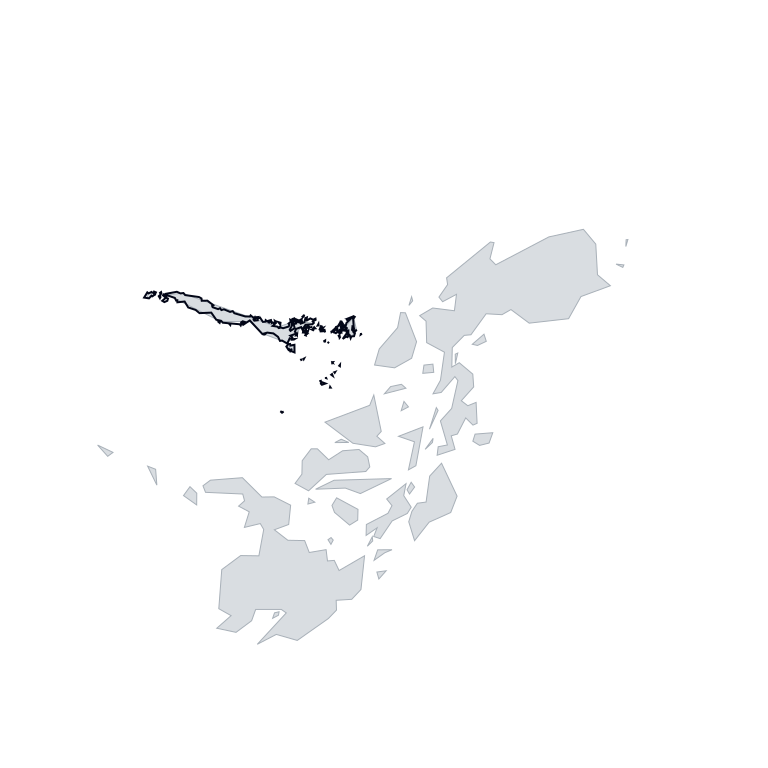 Palawan, Palawan, Philippines (highlighted), rotated 63°
{"feature_id": "2640588B20950743061684", "entity_name": "Palawan", "entity_type": "district", "adm_level": 2, "iso_a3": "PHL", "parent_name": "Philippines", "parent_adm1": "Palawan", "projection": "orthographic", "projection_center": [119.327, 9.944], "detail": "fine", "context": "in_parent", "style": "outline", "palette": "ink", "viewbox_px": 768, "rotation_deg": 63, "n_neighbors": 0, "source": "geoboundaries", "source_scale": "gbopen_adm2", "svg_char_len": 9864}
<svg xmlns="http://www.w3.org/2000/svg" viewBox="0 0 768 768"><g transform="rotate(63 384 384)"><path d="M355.5,131.8L383.6,144.2L399.2,137.7L395.5,168.8L409.6,189.9L395.7,227.0L375.3,237.1L375.8,247.4L367.8,261.1L379.6,284.2L377.1,290.4L382.5,306.6L399.7,315.9L399.2,307.3L415.5,300.4L427.3,305.4L434.0,322.7L441.4,319.2L442.2,310.3L461.3,318.9L461.0,323.4L451.3,326.6L461.9,341.3L460.7,347.6L474.5,350.4L471.6,369.0L464.5,364.2L467.1,355.2L442.5,350.5L436.5,334.8L414.5,316.6L409.6,317.5L417.5,336.9L415.0,344.8L406.3,332.0L383.1,315.7L366.5,327.2L347.1,318.0L339.3,321.2L338.4,306.1L350.7,288.0L337.0,278.7L337.3,294.4L331.5,295.6L324.3,282.2L317.8,280.0L305.8,224.7L308.0,221.8L320.6,232.8L328.5,230.3L327.8,170.3L336.7,136.1L355.5,131.8ZM528.2,479.3L556.6,497.8L561.2,510.5L555.0,524.8L563.9,529.0L567.7,540.0L573.1,577.7L558.2,593.7L558.4,615.1L543.6,575.0L538.3,577.8L526.6,600.7L534.8,609.4L538.1,628.6L525.7,643.9L521.0,625.4L509.2,633.2L475.7,612.8L471.8,589.6L480.3,573.5L459.0,557.2L452.2,557.6L448.4,573.5L436.7,562.1L426.8,569.0L424.8,561.3L417.9,559.8L399.5,592.2L392.5,591.5L390.9,582.3L403.2,552.7L429.3,544.1L434.7,533.1L449.6,522.2L465.9,532.7L464.1,547.9L479.6,540.6L487.5,525.8L500.2,527.1L505.3,510.8L516.0,514.7L518.6,508.4L529.8,508.7L528.2,479.3ZM444.9,499.7L432.2,508.4L427.1,498.1L415.2,491.7L408.7,478.3L411.5,472.8L426.4,467.7L424.7,451.2L431.0,436.0L441.5,431.6L451.4,434.3L453.7,439.9L438.4,476.4L444.9,499.7ZM517.1,369.8L528.8,382.9L527.6,406.5L537.5,427.9L518.0,424.5L510.1,416.9L505.4,408.4L508.3,400.1L486.8,385.1L480.7,368.7L517.1,369.8ZM389.2,398.1L425.0,408.0L427.3,414.1L437.4,410.2L436.1,420.1L422.7,438.6L391.2,453.9L396.5,406.4L389.2,398.1ZM254.0,501.3L206.3,536.3L211.5,522.6L284.9,453.0L288.1,433.3L297.7,419.9L296.7,434.1L302.9,452.1L283.6,469.5L267.6,475.2L254.0,501.3ZM330.3,332.6L361.1,335.8L373.6,347.7L374.4,367.2L362.8,383.8L350.6,372.3L340.0,346.3L327.9,336.8L330.3,332.6ZM492.4,417.1L506.1,415.7L509.9,422.0L509.7,438.9L520.0,457.6L515.2,462.4L509.0,455.4L510.8,468.7L501.2,463.5L501.0,439.2L496.0,432.1L487.7,433.8L482.8,409.6L492.4,417.1ZM446.7,492.7L447.1,472.2L471.7,420.2L470.9,454.8L459.2,465.7L446.7,492.7ZM494.1,478.7L475.9,486.4L468.6,485.5L463.9,477.9L483.9,464.1L493.3,469.2L494.1,478.7ZM439.9,368.7L471.3,392.7L471.6,401.2L449.3,383.1L437.2,394.8L439.9,368.7ZM482.1,326.7L475.3,330.8L470.0,325.6L476.8,309.2L484.3,317.2L482.1,326.7ZM406.7,605.8L392.4,613.3L387.4,603.5L396.3,600.4L406.7,605.8ZM310.5,380.8L323.8,384.0L327.1,392.1L315.4,392.3L310.5,380.8ZM388.5,331.4L396.2,334.4L392.1,344.6L385.3,339.8L388.5,331.4ZM356.3,626.2L371.0,632.3L349.9,631.9L356.3,626.2ZM536.6,472.9L528.9,464.9L535.3,452.1L534.7,459.8L536.6,472.9ZM397.7,366.4L392.9,388.1L389.3,379.2L392.2,368.6L397.7,366.4ZM321.9,656.5L323.0,663.0L308.4,666.9L321.9,656.5ZM392.4,273.5L392.1,283.2L388.7,287.3L385.0,272.3L392.4,273.5ZM420.1,441.9L413.9,454.4L413.8,447.2L420.1,441.9ZM316.4,395.9L312.9,404.9L309.6,394.5L316.4,395.9ZM493.6,411.2L488.7,411.5L483.9,404.4L489.7,403.5L493.6,411.2ZM415.5,372.6L415.6,380.8L408.6,374.1L415.5,372.6ZM555.4,477.1L548.3,475.7L551.4,466.9L555.4,477.1ZM432.1,347.8L444.9,364.0L428.8,348.1L432.1,347.8ZM315.4,449.3L307.1,453.8L309.3,446.5L315.4,449.3ZM457.9,499.3L456.4,506.3L451.6,502.9L457.9,499.3ZM458.1,367.4L460.9,377.0L454.7,364.9L458.1,367.4ZM200.8,555.4L196.4,554.9L197.4,548.7L200.7,548.0L200.8,555.4ZM502.8,504.1L497.3,504.6L496.8,500.9L500.0,500.1L502.8,504.1ZM542.2,589.6L538.2,585.4L539.3,580.9L542.1,583.0L542.2,589.6ZM322.9,320.7L325.3,326.1L318.8,319.8L322.9,320.7ZM518.7,465.3L521.0,472.5L514.8,463.8L518.7,465.3ZM388.5,118.3L382.5,122.8L386.8,116.2L388.5,118.3ZM398.3,311.2L389.8,307.0L389.9,304.2L398.3,311.2ZM366.0,101.1L371.3,106.1L365.4,102.8L366.0,101.1Z" fill="#d9dde1" stroke="#a8b0b8" stroke-width="1"/><path d="M300.5,447.3L302.2,445.8L300.9,444.5L298.4,445.6L299.3,439.0L297.0,439.7L295.0,437.3L295.7,432.0L298.3,432.0L297.6,429.8L298.0,428.9L297.0,429.6L295.6,427.0L298.3,420.7L297.7,418.8L296.0,419.1L295.8,415.8L294.7,415.4L294.6,417.9L292.1,419.9L292.4,424.0L290.8,425.1L292.9,426.9L292.4,430.8L290.5,430.5L288.8,428.1L289.0,430.8L290.4,431.9L289.7,432.7L288.6,430.9L288.0,432.0L289.1,434.3L288.3,434.5L290.2,434.8L289.7,437.4L293.7,438.2L294.2,443.2L292.9,443.4L290.1,439.4L287.2,438.3L288.2,437.4L286.5,437.4L287.8,436.6L287.2,434.8L285.7,435.9L285.6,434.2L284.8,434.1L284.5,436.1L286.3,436.8L284.3,438.3L286.3,438.8L286.8,441.6L288.5,441.4L289.5,442.9L288.5,448.6L286.5,450.6L285.1,450.2L286.6,451.6L286.2,452.0L286.3,452.2L286.2,452.4L286.2,452.5L284.6,452.8L281.7,456.8L280.6,452.7L279.4,452.8L280.3,454.7L278.6,455.1L278.7,456.5L275.7,455.7L275.2,458.2L276.7,457.0L277.2,458.5L273.5,460.4L274.7,461.2L273.7,463.7L268.6,464.3L268.5,467.1L269.9,467.6L268.7,470.8L267.4,471.0L266.1,468.9L267.3,469.1L266.8,466.7L265.3,470.4L262.3,471.7L263.0,472.8L260.8,477.0L253.0,485.2L250.4,485.7L249.9,488.4L244.8,492.7L244.3,495.3L242.0,495.7L242.0,497.8L237.8,501.8L236.4,501.7L236.3,500.3L229.6,503.5L227.1,508.6L224.9,507.8L222.5,509.4L214.5,520.8L211.9,521.4L210.9,524.2L207.8,526.7L204.6,537.4L205.9,537.6L212.3,531.3L215.3,531.3L215.6,530.2L217.4,531.0L220.0,524.2L226.9,523.7L232.5,518.2L237.1,516.2L242.0,505.5L250.6,504.3L253.8,500.4L256.2,499.8L265.3,485.4L266.8,485.1L265.6,483.7L264.6,484.5L265.6,483.4L264.2,483.3L264.0,481.4L265.2,480.2L265.7,482.6L267.3,482.6L266.4,474.7L284.2,469.7L285.2,464.7L288.7,459.6L293.9,457.0L298.4,457.1L299.0,455.1L304.1,451.8L300.5,447.3ZM310.9,379.6L309.7,380.4L309.8,382.1L310.8,381.7L311.6,381.7L311.7,381.9L309.6,382.6L309.2,386.8L310.9,384.7L312.6,389.8L314.8,391.7L314.1,392.3L315.8,393.1L317.0,391.9L318.8,394.2L320.1,391.4L323.7,393.4L324.8,392.4L328.0,392.9L326.8,391.5L327.8,389.0L325.6,386.9L324.5,387.5L323.4,383.7L323.2,387.4L321.3,387.9L318.3,385.9L319.2,385.0L312.2,382.0L310.9,379.6ZM311.9,394.4L310.0,393.9L310.7,395.7L309.0,394.7L311.7,398.8L311.4,400.9L312.3,402.2L313.6,402.0L313.6,400.6L315.1,401.1L313.2,402.8L313.2,403.3L313.8,403.3L314.2,404.0L312.6,403.3L313.3,406.2L313.4,404.7L314.3,405.9L316.9,403.8L316.3,402.3L317.8,401.0L315.7,399.0L316.4,398.3L317.0,398.8L316.9,398.4L317.4,398.5L317.4,398.3L317.8,398.2L314.5,396.8L316.1,396.1L315.5,395.3L314.1,396.5L312.8,396.3L313.7,394.9L311.9,394.4ZM309.9,452.8L312.1,452.7L310.6,450.1L312.4,451.9L315.2,449.4L308.4,446.0L307.2,450.0L305.7,449.5L305.1,451.0L306.3,454.0L310.2,453.6L309.9,452.8ZM200.3,547.6L197.6,548.3L196.5,550.1L196.4,548.6L196.4,552.6L194.9,553.3L198.1,558.5L201.0,554.5L199.7,551.1L200.7,550.6L200.3,547.6ZM209.8,537.7L208.1,539.0L209.2,543.8L211.3,542.5L211.5,539.3L209.8,537.7ZM310.0,412.8L307.9,412.2L309.1,413.0L308.6,414.2L307.0,414.2L306.3,412.7L306.1,415.0L304.5,413.3L303.8,413.9L306.2,416.6L308.2,415.4L308.0,417.4L310.0,412.8ZM324.5,393.2L322.4,395.2L325.1,400.3L324.6,396.3L325.7,395.2L324.5,393.2ZM357.0,435.9L353.7,438.9L355.0,440.1L356.5,439.7L357.0,435.9ZM298.9,428.3L298.0,430.6L300.8,432.5L300.5,428.9L298.9,428.3ZM206.8,537.4L204.1,539.5L204.6,540.7L207.8,539.4L206.8,537.4ZM299.5,424.5L297.8,425.4L298.0,426.8L300.5,425.9L299.5,424.5ZM198.8,545.6L197.3,546.9L198.3,547.9L200.1,547.4L198.8,545.6ZM288.0,431.7L286.4,433.0L287.5,434.3L287.4,433.1L288.0,431.7ZM203.2,543.7L203.5,544.8L205.8,544.7L205.1,543.7L203.2,543.7ZM200.9,540.9L201.1,542.2L202.7,542.2L202.2,541.2L200.9,540.9ZM303.2,420.0L301.7,420.4L302.5,421.9L303.2,420.0ZM353.4,426.0L351.6,425.8L351.8,426.8L353.4,426.0ZM282.4,448.4L280.8,450.1L283.9,449.4L282.4,448.4ZM321.8,401.2L322.3,402.3L320.2,401.4L320.4,402.5L322.6,402.5L321.8,401.2ZM322.6,393.9L320.1,393.0L320.0,393.7L322.6,393.9ZM289.7,422.5L289.6,424.0L291.0,424.6L290.8,423.3L289.7,422.5ZM317.8,398.5L317.7,398.8L318.3,399.2L318.2,399.5L319.4,400.1L317.8,398.5ZM254.9,502.7L253.9,501.7L253.7,503.2L254.9,502.7ZM303.3,428.6L302.1,427.5L302.5,429.3L303.3,428.6ZM363.3,487.9L363.0,486.0L362.9,487.3L361.3,488.7L363.3,487.9ZM315.6,394.9L314.0,394.4L314.7,395.0L315.6,394.9ZM303.3,429.7L302.3,430.1L302.4,431.1L303.3,429.7ZM304.4,430.6L303.3,431.0L304.3,431.1L304.4,430.6ZM313.4,393.6L312.6,394.4L314.0,394.1L313.4,393.6ZM310.3,393.4L309.0,393.5L308.1,395.0L310.3,393.4ZM341.8,420.7L341.3,419.6L341.1,420.1L341.5,420.1L341.2,420.3L341.7,420.7L341.8,420.7ZM318.5,416.7L318.6,417.8L319.2,417.8L319.4,417.2L318.5,416.7ZM320.3,384.8L320.7,385.7L322.7,386.8L321.8,386.3L320.3,384.8ZM352.6,432.8L351.5,432.7L352.3,433.1L352.6,432.8ZM285.5,466.8L285.1,468.2L285.4,468.5L285.8,467.8L285.5,466.8ZM261.6,494.2L260.9,493.7L260.9,494.4L261.6,494.2ZM301.1,439.4L300.3,438.9L300.4,439.1L300.8,439.3L300.2,439.4L300.8,440.3L301.1,439.4ZM348.1,415.2L346.9,414.5L347.4,415.6L348.1,415.2ZM317.9,393.3L317.5,394.2L318.2,394.3L317.9,393.3ZM279.4,451.9L278.3,452.5L279.2,452.7L279.4,451.9ZM322.7,414.4L321.3,415.0L320.9,415.2L322.7,414.4ZM329.2,380.9L328.9,381.9L329.4,382.3L329.2,380.9ZM351.6,422.8L351.1,422.0L351.0,422.9L351.6,422.8ZM317.4,395.4L316.6,395.9L317.6,396.0L317.4,395.4ZM353.4,439.6L352.5,439.0L352.4,439.4L353.4,439.6ZM310.0,386.0L309.6,387.7L309.8,387.9L310.1,387.8L310.0,386.0ZM287.5,425.2L286.8,424.1L287.1,425.3L287.1,426.6L287.2,426.9L287.5,425.2ZM304.6,422.2L303.5,422.5L303.2,423.2L304.6,422.2ZM325.0,445.7L324.7,446.8L325.0,446.8L325.0,445.7ZM302.1,415.7L300.8,415.2L301.8,416.6L302.1,415.7ZM303.4,443.0L303.0,443.8L303.2,444.8L303.5,444.1L303.4,443.0ZM286.4,423.4L286.5,424.7L286.8,424.8L286.4,423.4ZM313.7,406.3L313.5,407.1L313.9,407.2L313.7,406.3ZM305.2,431.6L304.4,431.4L304.8,432.0L305.2,431.6ZM363.0,433.2L362.1,433.3L362.7,433.8L363.0,433.2ZM292.0,428.9L291.2,428.7L291.9,429.4L292.0,428.9ZM311.2,413.0L310.4,412.8L310.5,413.0L311.2,413.0ZM300.9,422.1L300.3,422.9L300.4,423.1L300.9,422.1ZM313.5,393.0L312.5,393.2L313.5,393.1L313.5,393.0ZM325.5,444.3L325.0,443.6L325.0,444.3L325.5,444.3ZM322.0,392.6L321.1,392.4L321.8,392.8L322.0,392.6Z" fill="none" stroke="#020617" stroke-width="2"/></g></svg>